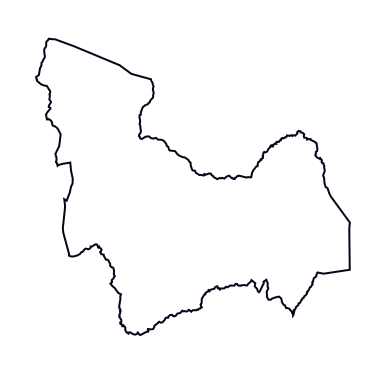 Pusiga, Upper East, Ghana (Equal Earth projection), rotated 3°
{"feature_id": "2480657B9973692574538", "entity_name": "Pusiga", "entity_type": "district", "adm_level": 2, "iso_a3": "GHA", "parent_name": "Ghana", "parent_adm1": "Upper East", "projection": "equal_earth", "projection_center": [-0.091, 11.076], "detail": "fine", "context": "isolated", "style": "outline", "palette": "ink", "viewbox_px": 384, "rotation_deg": 3, "n_neighbors": 0, "source": "geoboundaries", "source_scale": "gbopen_adm2", "svg_char_len": 6036}
<svg xmlns="http://www.w3.org/2000/svg" viewBox="0 0 384 384"><g transform="rotate(3 192 192)"><path d="M353.6,261.4L351.0,220.6L351.2,214.2L331.1,189.5L329.3,186.5L327.1,181.0L325.2,180.1L323.9,176.5L323.1,170.7L322.1,169.0L322.6,166.4L323.3,164.9L323.4,163.1L322.6,160.5L322.9,159.3L322.0,158.0L321.9,156.7L321.1,156.1L320.5,156.2L319.8,155.0L320.1,153.5L319.2,152.4L318.3,152.5L318.1,151.4L316.8,151.8L314.9,150.8L313.3,149.1L313.7,148.2L313.3,147.5L313.7,146.6L313.6,145.5L314.8,144.7L314.9,142.1L313.8,136.8L313.2,136.8L312.5,135.7L308.2,133.9L307.6,132.9L306.8,133.3L305.6,133.0L304.2,133.6L304.0,132.3L303.4,132.0L301.2,131.8L300.7,130.3L301.0,128.4L299.4,127.1L297.7,126.8L297.1,125.6L296.2,125.8L295.2,125.4L293.9,126.8L294.3,127.5L294.1,128.1L292.1,130.3L289.9,130.1L289.2,130.8L288.6,130.2L287.6,130.2L286.6,130.9L284.0,130.5L283.6,131.8L282.9,132.0L282.5,132.7L282.0,132.6L280.4,133.7L279.7,133.3L278.8,133.7L278.1,135.4L277.7,135.1L276.2,137.4L273.9,137.5L273.8,138.3L273.3,138.5L273.6,139.6L272.1,139.6L271.1,140.2L270.4,142.3L268.6,142.2L268.9,141.2L268.3,141.4L267.7,142.4L267.8,143.2L266.2,144.8L264.9,147.7L263.0,148.7L262.0,148.2L261.3,149.2L261.0,151.7L260.7,152.1L261.1,152.8L261.0,154.5L260.1,154.8L259.6,156.2L258.9,155.9L257.6,158.3L256.7,158.6L256.1,160.9L256.1,162.8L255.1,162.9L252.2,166.9L250.9,170.0L250.4,174.1L250.1,174.3L247.2,174.2L245.6,174.7L238.0,173.2L237.4,173.8L236.5,173.7L235.1,175.3L234.2,175.6L233.9,176.8L232.9,176.9L231.4,175.8L230.8,176.0L228.2,173.7L225.8,174.8L223.5,176.9L221.5,176.3L220.5,176.8L219.1,176.5L216.5,177.8L212.5,175.7L212.1,174.8L210.6,174.1L210.1,172.9L209.5,172.7L207.9,172.6L204.8,174.1L203.6,173.3L203.0,173.8L203.1,174.7L202.8,175.0L200.2,174.4L198.6,174.7L195.0,172.7L193.8,170.6L191.6,170.4L190.8,169.5L189.3,165.3L189.1,162.9L187.7,161.8L186.8,160.2L182.9,157.8L181.3,157.8L177.7,156.5L175.5,155.1L173.0,152.1L167.6,151.7L167.0,151.2L165.9,148.2L164.4,147.2L163.8,145.5L161.9,143.1L160.3,141.9L158.5,141.4L155.3,141.5L153.2,139.8L150.4,140.7L148.1,140.3L146.3,138.8L143.1,139.0L139.1,141.7L137.7,141.3L137.2,140.8L136.8,139.3L136.1,138.9L136.1,137.7L137.7,135.3L137.8,134.2L136.8,128.4L136.0,126.8L136.5,125.7L136.4,122.9L135.6,120.5L135.7,117.9L136.6,117.7L136.9,117.1L136.7,115.2L138.4,109.9L141.0,107.6L143.2,106.8L143.8,105.5L145.0,104.8L145.5,103.0L148.2,99.5L148.2,96.7L148.6,95.4L147.5,91.2L148.1,88.4L147.3,87.1L146.9,84.9L145.6,83.4L145.2,81.6L125.3,77.2L113.1,69.2L66.7,52.7L47.7,46.8L40.9,46.5L40.1,48.2L38.9,49.2L38.5,51.3L38.8,53.0L38.6,54.3L37.2,56.6L36.9,57.9L38.0,65.1L37.2,66.8L36.5,67.5L36.3,69.1L35.0,70.8L35.0,72.9L34.6,74.9L33.8,76.2L32.9,83.3L30.4,85.3L30.4,86.2L30.6,87.0L31.2,87.4L31.3,89.0L35.5,92.3L39.0,93.5L41.4,93.6L45.0,98.7L45.2,100.2L44.5,101.9L45.1,103.2L44.7,107.1L46.3,109.1L46.4,110.0L44.7,113.0L44.5,114.7L46.2,115.5L46.3,116.2L43.8,119.3L42.1,122.2L43.3,127.0L44.4,126.6L44.7,127.1L45.9,127.0L47.6,128.3L48.6,129.8L48.7,131.1L49.5,133.0L51.9,133.7L54.4,135.5L57.8,141.3L57.0,153.1L53.6,161.1L55.0,165.4L55.0,167.9L54.6,168.6L54.6,169.3L55.6,170.2L56.4,172.9L57.3,172.0L61.8,170.5L68.9,169.0L70.1,177.2L72.2,184.9L72.3,189.7L71.0,192.9L69.9,199.2L67.3,207.2L64.8,205.9L65.8,211.2L66.0,214.5L64.9,235.2L65.7,239.7L72.4,260.1L72.5,262.0L74.2,262.6L77.0,262.6L80.7,261.4L83.3,259.8L84.5,258.1L86.2,257.2L87.6,254.9L88.8,254.1L91.5,254.6L92.6,254.1L93.4,253.2L93.7,251.7L94.8,251.8L98.3,249.3L100.1,249.5L101.1,252.3L101.7,252.5L102.2,251.7L102.5,252.5L103.8,253.0L104.7,254.5L104.3,255.1L104.2,256.2L103.4,256.8L104.4,258.4L104.7,258.8L107.1,259.2L107.4,260.5L109.6,264.1L111.2,264.0L112.2,264.9L114.0,268.1L114.2,270.2L115.9,271.5L116.6,271.4L117.5,272.1L118.3,274.9L118.2,278.3L119.3,280.1L118.4,281.1L118.2,282.4L116.6,284.0L116.5,285.2L116.9,285.8L116.6,286.7L115.3,287.8L117.6,290.3L119.5,291.6L123.7,296.7L126.5,297.9L125.8,299.9L126.1,302.5L125.2,310.8L125.9,311.6L126.0,313.2L126.6,313.3L127.0,314.5L126.3,315.4L126.7,316.6L125.8,318.8L126.3,319.9L125.9,320.5L128.0,323.2L128.3,324.6L128.0,325.8L127.2,326.0L127.2,327.2L127.7,327.7L128.4,327.4L129.3,328.8L129.4,329.7L130.1,329.7L130.6,328.8L132.3,330.5L132.6,331.4L132.4,333.0L134.1,335.8L134.7,335.7L136.0,336.7L136.6,335.5L137.7,335.4L140.5,337.0L143.0,337.4L144.6,336.5L145.2,335.2L147.3,337.4L148.0,337.5L153.7,334.1L155.5,333.8L155.8,333.3L155.1,332.1L155.2,331.1L158.0,331.4L160.2,330.9L161.3,329.2L161.5,327.5L164.7,324.8L165.0,324.1L166.0,323.3L167.3,324.1L169.4,323.7L171.6,320.9L172.2,319.2L173.0,318.8L174.7,318.9L175.1,317.3L176.9,315.9L178.5,315.7L180.0,317.2L181.7,316.7L182.3,316.4L183.6,314.3L186.8,313.3L188.5,311.0L189.5,311.7L190.8,311.3L192.5,311.7L193.8,311.2L194.6,310.2L195.4,309.9L197.4,311.6L199.0,310.0L202.3,309.9L203.2,309.1L204.1,309.5L205.4,308.0L206.1,308.1L207.8,306.6L206.8,305.3L206.9,304.3L206.5,303.7L207.4,302.5L207.4,297.9L209.9,293.6L210.7,293.5L210.9,291.9L213.1,290.6L213.6,289.2L214.8,290.1L215.2,288.8L219.4,287.4L220.1,285.8L221.4,285.0L222.4,284.9L222.7,286.7L223.3,287.0L224.3,286.7L225.0,287.9L226.1,286.8L229.2,286.6L230.9,284.9L232.2,285.4L235.1,283.4L239.2,283.3L240.4,281.4L241.8,281.5L242.5,282.6L244.5,283.2L245.0,282.8L246.0,283.1L246.9,282.4L249.6,282.2L251.1,282.6L252.1,282.2L253.2,280.4L255.0,279.0L256.0,276.9L260.0,279.8L259.5,282.8L262.2,285.5L262.8,287.5L264.2,288.6L265.0,287.5L268.5,279.2L268.2,277.8L270.8,275.8L272.4,279.2L272.4,282.5L273.3,284.2L271.8,287.6L272.5,293.1L274.1,295.6L276.3,295.4L277.3,294.4L280.2,293.1L284.4,291.9L286.7,293.7L287.8,297.7L289.5,299.9L290.7,300.3L292.1,303.0L293.2,302.8L295.6,303.7L296.4,305.0L298.3,306.3L298.3,307.7L299.2,308.1L299.4,310.0L299.8,309.3L300.4,305.7L299.8,304.6L301.1,304.0L302.1,301.2L304.3,299.1L304.2,297.7L305.6,297.1L307.0,294.1L307.6,293.7L307.9,292.3L308.9,292.0L309.6,290.2L310.8,289.4L312.3,287.0L312.1,285.8L312.4,285.8L313.8,283.6L314.8,280.9L315.9,280.4L316.7,278.2L317.1,278.2L317.3,277.5L316.8,275.8L317.4,275.4L318.2,271.7L320.5,269.8L320.5,268.5L321.5,265.8L327.7,266.7L353.6,261.4Z" fill="none" stroke="#020617" stroke-width="2"/></g></svg>